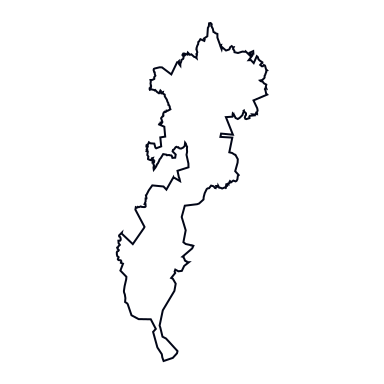 the district of Iguala de la Independencia, Guerrero, Mexico
{"feature_id": "50627088B62189506174219", "entity_name": "Iguala de la Independencia", "entity_type": "district", "adm_level": 2, "iso_a3": "MEX", "parent_name": "Mexico", "parent_adm1": "Guerrero", "projection": "equal_earth", "projection_center": [-99.567, 18.192], "detail": "fine", "context": "isolated", "style": "outline", "palette": "ink", "viewbox_px": 384, "rotation_deg": 0, "n_neighbors": 0, "source": "geoboundaries", "source_scale": "gbopen_adm2", "svg_char_len": 5955}
<svg xmlns="http://www.w3.org/2000/svg" viewBox="0 0 384 384"><path d="M163.6,361.0L172.8,357.9L177.0,353.3L177.5,351.1L166.0,338.5L162.5,336.7L160.3,327.6L159.6,325.6L162.8,310.3L174.4,290.9L175.7,283.7L172.8,278.7L171.2,278.0L175.2,273.0L174.6,271.6L175.3,269.6L178.4,271.3L181.8,270.9L184.2,265.9L188.9,262.2L187.1,262.2L186.6,261.3L185.5,261.1L184.8,260.3L184.7,259.5L183.7,257.8L183.7,257.0L182.5,256.7L192.2,248.4L193.4,245.8L191.6,245.2L191.2,245.5L190.2,245.0L185.7,244.0L183.4,242.2L185.7,230.3L181.7,217.0L184.8,205.7L197.2,204.2L199.1,203.5L203.5,199.5L203.7,197.0L204.7,193.2L206.7,189.1L207.6,188.4L209.1,188.2L211.1,185.6L213.3,186.2L214.9,187.6L214.9,187.9L215.6,188.1L215.7,187.4L216.8,186.5L216.5,186.0L217.3,186.0L217.4,186.8L218.1,186.7L218.2,185.8L219.2,187.7L220.6,187.8L222.1,188.5L225.0,187.4L225.4,187.7L225.6,187.1L225.9,187.3L226.1,185.7L226.7,186.1L227.1,185.9L227.1,185.3L226.6,184.2L227.3,184.0L228.5,184.5L228.5,183.3L229.5,183.0L229.5,182.0L230.0,181.1L231.2,182.2L233.3,180.6L235.6,181.4L236.5,180.9L237.4,179.3L237.8,176.0L238.7,175.1L235.2,171.2L237.6,162.6L237.8,159.2L235.4,154.8L234.9,154.8L232.1,153.0L229.3,152.3L232.3,137.6L220.4,136.9L221.1,133.6L232.9,134.7L225.9,117.1L232.5,116.7L232.9,116.1L233.0,115.2L232.8,114.7L233.0,114.0L232.7,114.1L232.8,113.4L233.7,114.2L235.6,118.0L237.8,119.0L239.6,117.9L242.4,115.2L243.1,112.9L243.5,112.6L243.7,111.5L243.5,110.9L243.9,110.6L244.1,111.5L246.0,113.3L246.0,114.9L245.4,115.7L244.8,117.4L245.3,118.8L246.2,119.1L250.3,117.9L249.5,117.8L249.4,117.2L249.3,116.6L249.9,115.8L253.9,115.4L252.8,114.4L255.2,114.6L255.8,113.6L256.1,114.1L256.9,114.2L256.8,113.9L257.4,114.3L256.5,112.6L257.1,112.0L257.6,110.4L257.2,108.2L253.5,100.4L267.2,94.6L266.1,93.5L265.5,90.4L264.9,89.1L265.5,88.0L266.3,88.4L265.8,86.9L266.3,84.6L263.9,83.3L262.7,81.7L260.6,81.1L260.0,80.5L262.3,80.0L264.3,78.1L264.6,77.4L264.6,75.8L265.3,74.7L265.5,73.7L266.3,71.9L266.1,71.1L266.5,70.4L267.0,70.3L266.0,69.2L265.1,65.9L264.6,65.3L263.7,65.1L262.9,66.2L261.9,66.3L260.2,64.9L261.4,63.5L262.4,63.0L262.4,62.3L259.9,60.7L258.5,59.3L257.8,57.1L256.8,56.2L253.7,63.1L250.9,60.1L248.7,60.2L252.4,55.4L252.1,54.1L253.4,53.8L253.2,51.1L249.7,52.7L250.3,54.2L250.2,55.8L245.8,51.5L245.7,51.8L242.4,51.6L238.0,53.0L234.5,52.2L234.3,50.6L233.0,48.9L233.6,47.4L233.2,47.5L231.7,46.1L230.2,47.2L229.5,49.0L228.9,49.6L226.0,50.5L222.0,47.1L221.6,49.2L220.4,46.2L220.9,46.0L221.1,45.1L220.5,45.3L220.0,44.8L217.4,37.6L217.4,33.9L215.2,33.1L214.8,32.5L213.5,32.0L212.7,28.3L212.1,27.7L211.6,26.0L211.2,25.8L211.6,24.8L211.2,24.3L211.5,24.0L210.6,23.0L209.1,23.3L208.8,26.3L207.9,27.8L207.3,36.3L204.0,38.5L204.7,39.5L204.3,40.9L200.4,39.2L199.0,41.5L198.3,42.0L198.1,44.3L197.4,45.4L196.5,48.2L196.7,49.0L196.4,49.3L197.3,52.2L196.8,53.7L196.4,54.0L196.6,54.9L196.9,55.0L196.4,57.1L196.6,58.2L195.4,57.2L194.2,56.9L191.3,54.3L189.9,54.8L187.8,52.6L187.6,53.2L187.8,54.6L187.6,54.7L184.3,53.5L183.3,53.5L182.9,54.1L184.4,54.7L184.8,55.4L184.4,55.7L183.4,55.3L182.8,55.5L183.5,56.4L183.5,57.9L183.1,58.9L181.4,60.0L181.2,61.6L180.3,63.8L180.3,65.6L179.0,63.9L178.9,61.2L177.7,62.4L177.1,62.3L171.3,74.4L162.0,67.4L159.6,67.3L154.7,68.5L153.9,68.9L153.6,70.0L154.2,72.1L154.7,72.3L154.8,74.1L155.4,75.7L154.2,77.2L154.3,78.9L154.1,79.1L151.9,80.0L150.5,80.0L150.8,81.4L150.5,83.8L151.0,85.3L150.7,86.0L151.1,86.3L150.9,87.5L149.7,88.1L149.6,89.1L149.9,89.8L151.1,89.3L154.2,90.0L154.6,90.4L155.2,90.0L157.2,92.1L159.0,93.3L159.6,92.9L159.7,92.0L160.4,90.5L160.9,91.0L160.6,92.2L161.4,93.4L161.9,93.3L162.6,92.2L162.9,92.1L162.6,93.4L164.7,94.6L164.8,96.4L166.9,99.8L167.4,101.6L168.3,103.2L168.4,104.9L169.0,105.1L169.7,106.5L169.8,107.7L170.4,109.3L167.6,110.8L166.6,110.6L166.5,111.2L165.9,111.8L165.3,112.0L164.9,111.6L163.8,112.4L163.1,114.2L163.4,114.9L163.4,115.8L163.1,116.2L162.7,116.1L161.1,118.2L162.4,122.0L162.2,122.4L161.9,122.2L161.1,122.4L161.5,123.1L161.3,123.6L160.5,123.9L160.2,123.5L159.9,124.4L159.3,124.1L159.1,124.5L164.3,126.7L165.2,136.6L160.3,137.4L161.2,146.4L156.2,148.3L155.4,147.6L154.3,143.6L150.3,143.3L148.9,142.3L148.2,144.0L146.5,145.2L146.4,146.6L147.2,146.9L147.7,145.7L147.9,146.1L146.6,149.7L147.2,150.0L146.6,151.2L147.8,151.5L147.3,155.0L148.4,156.6L148.0,158.4L148.1,159.2L150.4,160.1L151.8,159.2L151.9,158.3L152.9,158.0L152.3,159.6L153.1,159.9L152.5,160.5L154.2,161.0L154.1,161.7L152.7,161.3L152.6,161.8L152.5,162.7L153.5,162.9L153.4,164.1L154.1,165.6L153.9,165.5L153.5,167.7L153.8,169.7L155.5,167.5L156.7,165.4L156.8,164.5L157.8,163.5L159.3,160.4L159.5,159.5L160.7,158.2L163.2,154.1L166.5,154.7L166.8,155.2L169.2,155.0L170.1,155.4L171.3,155.4L171.8,156.0L172.4,157.9L175.2,157.7L175.7,154.5L172.6,151.4L173.0,149.9L174.1,149.4L175.6,147.2L176.5,146.8L177.5,147.4L178.3,147.2L179.3,148.3L181.0,148.6L183.0,147.7L184.7,146.0L185.1,142.7L185.9,143.8L186.3,145.4L187.1,146.8L186.9,148.9L187.1,151.8L186.5,154.8L188.4,163.5L188.5,167.3L177.5,170.8L178.9,177.4L179.4,178.3L180.0,181.1L174.5,177.9L173.6,178.1L173.4,177.3L166.4,189.6L163.5,186.5L152.3,185.4L148.8,190.3L146.4,195.0L145.9,195.3L146.5,198.2L146.4,198.5L145.6,198.5L145.6,201.4L144.6,204.0L145.5,204.1L145.6,206.5L145.2,206.9L144.2,207.1L141.7,206.9L140.8,206.4L138.8,207.2L137.8,206.8L136.9,207.7L135.8,207.2L135.4,209.7L144.5,226.9L143.9,228.1L132.8,244.1L121.6,233.5L121.8,232.7L119.1,235.4L119.2,236.5L120.1,237.0L120.6,238.1L120.7,239.8L120.2,240.6L118.4,240.7L118.6,243.2L119.8,244.9L118.3,246.4L117.9,247.4L117.2,247.6L117.5,248.7L118.8,250.1L118.3,251.0L117.2,251.5L116.8,252.4L116.9,254.7L117.4,256.3L118.6,257.1L118.6,257.6L117.8,259.1L117.9,259.5L118.7,260.1L120.7,260.3L121.3,261.2L120.9,262.8L123.0,263.7L120.4,270.6L126.4,276.8L126.2,279.3L124.6,286.2L123.9,291.1L124.1,292.5L124.8,294.4L125.4,298.1L125.1,302.0L127.3,303.5L127.8,304.4L131.5,315.3L138.6,319.1L150.8,319.3L155.8,328.9L153.1,331.9L157.4,347.5L161.8,354.2L162.3,357.4L163.6,361.0Z" fill="none" stroke="#020617" stroke-width="2"/></svg>